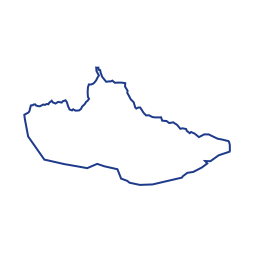 Kyperounta, Limassol, Cyprus, rotated 191°
{"feature_id": "46923920B55670289324505", "entity_name": "Kyperounta", "entity_type": "district", "adm_level": 2, "iso_a3": "CYP", "parent_name": "Cyprus", "parent_adm1": "Limassol", "projection": "orthographic", "projection_center": [32.975, 34.94], "detail": "fine", "context": "isolated", "style": "outline", "palette": "blue", "viewbox_px": 256, "rotation_deg": 191, "n_neighbors": 0, "source": "geoboundaries", "source_scale": "gbopen_adm2", "svg_char_len": 1722}
<svg xmlns="http://www.w3.org/2000/svg" viewBox="0 0 256 256"><g transform="rotate(191 128 128)"><path d="M230.0,114.7L224.4,100.6L204.1,81.0L199.7,80.9L183.6,80.4L179.1,80.5L169.0,80.7L160.4,80.8L151.4,86.9L143.8,85.9L130.5,85.5L125.1,77.0L118.7,76.0L116.1,74.6L105.5,74.4L93.1,77.3L65.6,89.6L65.0,91.1L61.2,95.3L55.6,97.3L48.1,103.2L43.4,108.3L46.0,110.3L40.8,111.1L33.8,118.5L23.7,124.2L23.7,125.4L24.9,131.0L26.2,133.7L26.9,134.3L32.9,134.6L38.1,134.6L47.6,137.1L52.1,136.2L56.6,132.6L61.5,135.2L65.3,136.1L66.4,134.7L69.7,136.4L70.8,138.1L74.5,138.1L76.5,137.2L80.3,140.4L84.8,142.2L88.5,140.7L91.5,142.2L95.8,141.7L97.6,144.8L99.6,144.3L103.3,143.6L106.1,143.4L109.9,144.5L112.6,143.8L115.6,145.9L119.9,150.4L121.9,150.0L123.5,148.7L124.8,149.5L127.3,154.3L130.8,156.7L133.4,160.0L135.4,162.3L135.5,164.4L138.8,168.1L139.3,171.5L143.2,171.3L145.8,170.8L149.6,169.9L152.4,171.5L153.9,170.4L155.4,170.2L158.2,169.2L163.1,173.3L165.2,176.7L166.4,179.5L167.3,179.5L167.9,179.5L168.6,181.6L170.4,181.2L170.7,181.2L169.8,177.9L168.4,176.2L166.6,174.0L167.6,171.5L168.3,168.9L169.2,167.0L170.4,165.1L172.4,163.7L174.7,163.3L175.1,160.3L174.4,155.2L173.3,150.9L171.8,149.2L172.9,147.0L174.1,145.6L175.0,143.2L177.1,140.3L177.8,137.7L179.4,135.9L182.9,135.0L185.4,135.9L186.3,134.6L188.9,135.0L191.0,138.0L192.9,141.6L194.6,143.3L197.2,141.7L198.0,140.3L201.6,140.3L203.8,138.2L206.7,138.8L208.1,140.2L210.1,137.8L210.7,136.1L212.4,136.1L213.9,134.8L215.6,134.9L218.7,132.5L220.9,132.3L222.6,132.6L223.6,133.5L225.2,133.0L225.9,132.1L227.0,131.9L227.7,131.5L227.7,130.1L227.9,128.8L227.9,127.7L228.0,125.9L228.6,124.3L232.3,121.2L232.0,120.2L231.1,117.5L230.0,114.7Z" fill="none" stroke="#1e3a8a" stroke-width="2"/></g></svg>